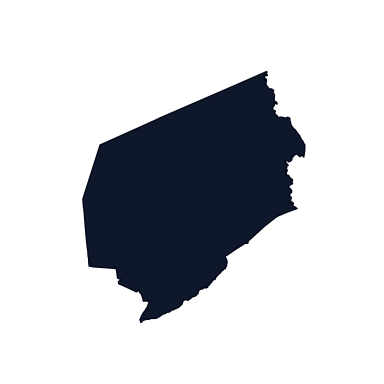 outline of Narok East, Rift Valley, Kenya, rotated 203°
{"feature_id": "3690345B66691350288687", "entity_name": "Narok East", "entity_type": "district", "adm_level": 2, "iso_a3": "KEN", "parent_name": "Kenya", "parent_adm1": "Rift Valley", "projection": "orthographic", "projection_center": [36.053, -1.156], "detail": "fine", "context": "isolated", "style": "filled", "palette": "ink", "viewbox_px": 384, "rotation_deg": 203, "n_neighbors": 0, "source": "geoboundaries", "source_scale": "gbopen_adm2", "svg_char_len": 6020}
<svg xmlns="http://www.w3.org/2000/svg" viewBox="0 0 384 384"><g transform="rotate(203 192 192)"><path d="M287.7,139.1L286.2,136.3L286.1,135.7L285.8,135.4L285.0,134.4L283.2,131.1L280.0,124.9L279.2,123.5L278.5,122.0L277.0,119.1L269.3,104.7L265.9,98.7L264.9,97.2L262.6,92.6L261.4,90.8L260.5,89.3L260.2,88.3L259.7,87.3L257.7,83.7L253.4,84.7L239.1,89.6L231.9,92.0L230.9,90.6L230.0,89.2L226.9,83.8L223.7,83.7L223.0,83.1L224.5,81.0L224.2,79.8L223.5,78.9L222.8,79.0L220.2,79.0L212.4,78.8L204.3,78.4L203.5,79.4L203.7,80.5L203.5,81.1L203.1,81.1L202.5,81.0L202.4,80.5L202.1,80.2L201.8,79.9L201.2,79.7L200.4,78.8L199.9,78.6L198.8,78.4L198.3,78.2L198.1,77.5L196.5,76.0L196.0,75.5L195.7,74.7L195.0,74.0L194.3,72.8L193.8,72.6L193.5,72.9L193.0,73.1L192.2,73.8L190.7,74.1L189.3,74.0L188.2,74.3L187.9,73.4L188.4,71.8L188.2,70.7L188.3,70.2L188.2,69.3L188.2,67.8L188.7,66.3L188.6,64.9L189.2,63.2L189.6,61.3L190.0,57.5L189.8,55.7L190.0,54.3L189.8,53.8L189.4,53.7L188.2,52.1L187.5,52.7L187.6,53.1L187.5,53.5L187.0,54.7L186.2,55.5L185.2,56.1L184.5,56.9L183.7,57.5L183.3,57.5L181.9,58.0L181.2,59.0L180.7,59.4L177.5,61.0L176.3,61.4L175.8,61.7L175.2,62.3L173.9,64.1L172.6,65.7L171.6,67.5L171.5,68.0L170.5,68.9L169.8,69.2L169.4,69.5L168.7,70.4L168.3,71.4L166.2,72.6L165.4,73.7L165.0,74.7L164.5,75.4L163.7,76.1L163.2,76.3L163.0,76.5L162.7,76.9L162.2,77.7L161.3,78.5L159.1,80.9L158.7,82.1L157.7,84.2L157.5,85.2L157.6,85.7L157.5,86.2L157.8,87.2L157.8,87.7L157.5,88.7L157.3,89.2L157.1,89.5L156.3,89.9L156.0,90.3L155.2,90.8L154.4,90.9L154.1,90.7L153.5,90.7L153.3,91.3L152.8,91.8L152.5,92.2L152.5,92.8L151.7,93.3L151.7,93.8L151.0,95.3L149.2,96.8L148.5,97.5L147.8,98.6L147.8,99.0L147.6,99.3L147.6,99.8L147.5,100.2L146.8,100.7L146.9,101.2L147.3,102.1L147.4,102.6L147.2,103.1L147.4,104.0L146.9,104.8L146.0,106.0L145.6,106.2L145.4,106.7L144.9,106.8L144.6,107.0L144.4,107.3L144.1,107.4L144.0,107.8L144.3,108.0L143.9,108.3L143.8,108.7L143.5,108.9L143.2,108.7L142.8,108.9L142.4,109.0L141.1,109.6L140.9,110.1L140.6,110.3L140.4,110.8L141.0,111.0L140.9,111.8L140.2,112.9L139.8,113.1L140.0,114.1L139.4,114.8L139.1,116.0L138.8,116.3L138.8,116.8L138.6,117.3L138.6,118.5L138.3,119.3L138.0,119.6L137.5,119.8L137.3,120.2L137.0,120.4L136.7,120.8L136.8,121.9L136.9,122.2L136.8,122.5L136.9,122.9L136.5,123.4L136.3,123.7L136.2,125.3L136.1,125.7L135.5,126.1L135.4,126.7L134.9,127.5L134.9,128.0L134.4,128.5L134.1,129.6L134.1,130.9L133.4,131.5L132.9,132.3L133.0,132.8L132.5,133.7L132.1,133.9L131.6,134.5L131.7,135.4L131.5,136.7L131.5,137.3L131.4,137.7L131.9,138.0L132.1,140.4L132.4,140.8L132.5,141.6L133.0,142.2L133.6,142.7L133.8,143.2L134.5,143.8L135.0,144.2L135.5,144.3L135.9,144.7L136.4,145.6L130.0,155.6L123.8,164.7L123.2,165.4L122.8,165.7L120.8,166.7L120.7,167.3L121.0,168.3L121.1,168.9L121.0,169.6L120.7,169.9L111.9,189.0L105.2,201.2L103.6,203.5L97.4,209.9L93.2,213.9L89.1,217.7L90.9,218.4L93.3,218.4L93.7,218.4L94.1,218.7L94.3,219.0L94.1,220.0L94.2,220.9L95.0,221.6L95.6,221.8L96.1,221.7L96.9,221.2L97.5,220.5L98.0,220.7L97.7,221.9L97.8,222.3L98.3,223.4L98.3,225.2L98.5,225.6L100.8,226.8L101.2,227.0L101.4,227.3L101.4,227.7L100.9,229.2L100.7,229.7L100.4,230.1L100.3,230.5L100.7,231.9L101.0,232.3L101.5,232.7L102.0,232.9L102.6,232.8L102.9,232.9L103.2,233.4L103.6,233.7L105.2,233.9L105.6,234.3L105.5,234.7L105.0,235.4L104.7,236.2L104.2,237.3L102.8,238.9L102.8,239.3L103.7,239.6L104.0,240.1L104.0,241.7L104.2,242.2L104.5,242.6L105.0,242.8L105.8,242.8L107.5,243.4L109.1,244.6L109.6,244.8L110.2,245.0L110.7,244.7L110.9,244.4L111.3,244.3L111.7,244.4L112.7,246.2L112.8,248.3L113.0,249.4L113.4,249.8L114.4,249.9L114.8,250.2L114.7,250.7L114.5,251.6L114.8,253.2L114.6,253.5L114.2,253.7L114.1,254.2L116.1,255.1L117.2,255.9L117.8,256.2L118.4,256.5L118.6,256.9L118.3,257.3L117.7,257.4L117.3,257.9L117.1,258.3L116.8,258.6L116.4,258.6L115.5,257.6L115.1,257.5L113.6,258.6L113.2,259.7L112.9,260.2L112.8,260.8L112.8,261.2L113.3,262.0L114.4,262.6L114.3,263.0L114.1,263.5L112.9,263.6L112.6,264.0L112.5,264.4L112.5,265.2L112.2,266.7L111.8,266.9L111.3,266.9L111.1,267.3L110.5,268.1L110.1,268.3L109.3,267.7L108.5,267.3L108.0,267.2L107.4,267.2L106.5,266.8L106.2,267.2L105.9,268.1L105.5,268.5L105.1,268.5L104.7,268.9L104.1,268.8L103.6,268.2L103.3,268.0L102.9,268.1L104.5,274.2L106.6,279.4L108.6,280.8L110.0,282.1L110.5,282.4L112.0,283.0L113.3,284.3L113.9,284.7L114.8,285.7L115.4,286.1L116.9,286.7L118.2,287.7L118.6,287.8L121.1,289.4L122.0,289.7L122.4,289.7L123.1,289.9L124.6,290.8L125.4,291.1L127.4,292.8L129.0,295.1L129.8,295.9L130.2,296.9L130.9,298.0L131.3,298.2L133.1,298.1L133.4,297.9L133.6,297.5L134.1,297.2L134.4,296.8L135.2,296.4L136.7,296.2L137.2,296.2L139.0,295.6L139.4,295.7L140.2,295.2L141.0,294.3L141.4,294.1L142.3,294.6L143.0,295.2L143.4,295.4L143.8,295.4L144.5,295.6L145.0,295.5L145.4,295.8L145.7,295.8L146.1,296.5L146.4,296.7L146.9,296.6L147.2,297.0L147.1,298.0L146.8,298.5L147.0,299.0L147.3,299.1L147.7,298.9L148.9,299.0L149.8,299.4L150.3,299.9L150.5,300.5L150.4,301.0L150.7,301.8L150.7,302.2L150.7,302.7L150.2,303.8L150.2,304.3L150.6,304.8L150.8,305.3L150.7,305.8L150.3,306.2L150.0,306.3L148.8,306.1L148.2,306.3L148.5,306.9L148.8,307.3L150.0,307.8L150.9,307.7L151.6,308.0L152.7,309.1L152.9,310.3L153.2,310.8L153.5,312.3L153.8,312.7L153.9,313.2L154.3,313.5L154.7,313.7L155.1,314.6L155.4,314.8L156.2,314.7L156.5,314.9L156.9,315.7L156.9,316.1L156.8,316.4L156.4,316.7L156.4,317.1L156.7,317.4L158.7,317.9L159.1,317.9L160.0,317.2L160.9,317.3L161.4,317.2L161.8,317.2L163.9,318.6L164.7,318.9L165.4,319.1L166.0,320.1L166.4,321.1L166.9,321.8L167.0,322.3L166.8,322.7L166.8,323.0L167.4,324.4L167.6,324.7L168.5,324.9L168.5,324.6L167.9,323.7L168.7,323.4L169.1,323.7L169.7,325.1L170.0,325.4L170.5,326.5L170.3,327.6L170.0,328.0L169.5,328.0L169.2,328.2L168.6,328.4L168.4,328.8L168.6,329.2L168.9,329.4L169.4,329.2L169.7,329.6L169.8,330.1L170.2,330.0L170.4,330.4L170.3,330.9L169.9,331.4L170.2,331.9L171.1,331.0L171.5,331.0L171.8,330.4L194.0,306.9L250.3,247.7L254.8,242.6L294.9,199.3L289.6,142.8L289.5,142.5L288.0,139.8L287.7,139.1Z" fill="#0f172a" stroke="#020617" stroke-width="1.5"/></g></svg>